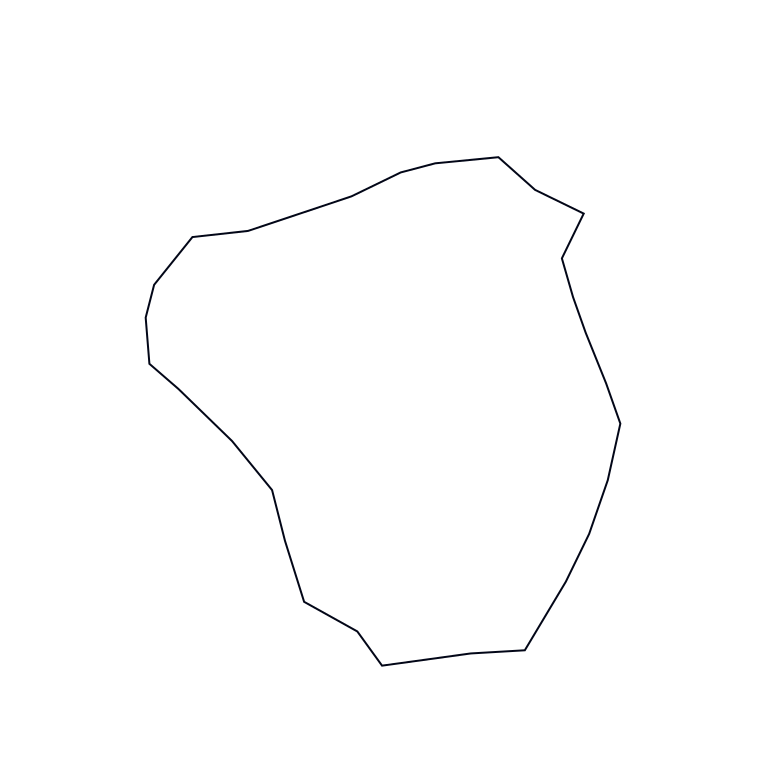 Ftericha, Cyprus (Robinson projection), rotated 206°
{"feature_id": "46923920B7341573367823", "entity_name": "Ftericha", "entity_type": "district", "adm_level": 2, "iso_a3": "CYP", "parent_name": "Cyprus", "parent_adm1": "", "projection": "robinson", "projection_center": [33.226, 35.318], "detail": "fine", "context": "isolated", "style": "outline", "palette": "ink", "viewbox_px": 768, "rotation_deg": 206, "n_neighbors": 0, "source": "geoboundaries", "source_scale": "gbopen_adm2", "svg_char_len": 526}
<svg xmlns="http://www.w3.org/2000/svg" viewBox="0 0 768 768"><g transform="rotate(206 384 384)"><path d="M262.3,130.0L188.0,179.8L140.7,206.4L133.9,286.0L133.9,339.2L140.7,395.6L154.2,452.0L184.6,481.9L225.2,518.5L252.2,545.0L279.2,574.9L279.2,624.7L333.3,624.7L380.6,638.0L434.7,604.8L461.7,581.5L495.5,538.4L536.1,498.5L573.3,462.0L620.6,432.1L634.1,372.4L627.3,339.2L603.7,299.3L566.5,289.4L495.5,266.1L438.1,239.6L404.3,199.7L360.3,153.2L299.5,149.9L262.3,130.0Z" fill="none" stroke="#020617" stroke-width="2"/></g></svg>